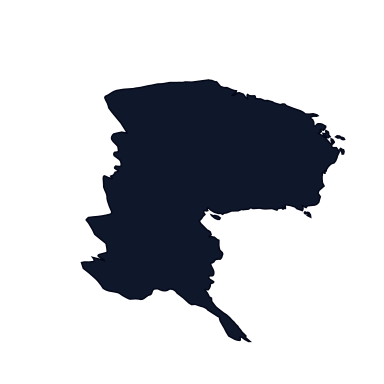 Finland, Equal Earth projection, rotated 208°
{"feature_id": "FIN", "entity_name": "Finland", "entity_type": "country or territory", "adm_level": 0, "iso_a3": "FIN", "parent_name": "Europe", "parent_adm1": "", "projection": "equal_earth", "projection_center": [24.864, 64.94], "detail": "fine", "context": "isolated", "style": "filled", "palette": "ink", "viewbox_px": 384, "rotation_deg": 208, "n_neighbors": 0, "source": "natural_earth", "source_scale": "50m", "svg_char_len": 5945}
<svg xmlns="http://www.w3.org/2000/svg" viewBox="0 0 384 384"><g transform="rotate(208 192 192)"><path d="M145.6,162.0L143.3,157.5L142.1,155.8L140.2,153.7L136.8,152.7L136.1,152.1L135.6,151.2L135.5,150.0L135.1,148.2L135.3,146.7L135.7,145.8L137.2,145.2L139.4,143.5L139.8,142.3L140.0,140.4L141.0,138.8L142.1,138.0L141.8,137.3L141.1,136.4L139.5,135.1L137.1,133.5L135.4,131.9L134.6,130.5L134.2,129.2L134.3,128.1L135.0,127.3L137.2,126.3L137.6,125.9L136.7,123.7L135.1,123.3L130.9,123.0L130.6,122.8L130.6,122.4L130.9,121.5L132.5,119.8L132.6,119.3L131.7,117.4L131.5,115.1L131.8,113.3L134.6,112.0L134.8,111.5L131.2,110.1L128.7,108.4L127.9,107.5L125.0,107.4L123.2,104.6L118.0,102.2L116.5,101.6L107.5,100.0L103.9,99.7L99.7,98.7L96.5,97.5L93.8,96.8L91.6,95.8L88.4,94.9L87.5,94.2L84.0,92.8L82.4,91.9L76.8,90.2L76.6,89.5L76.6,88.8L76.4,88.6L70.6,87.3L71.8,86.6L76.3,86.6L80.1,87.2L80.9,86.9L81.4,86.4L79.9,84.0L80.2,83.4L81.9,82.7L84.6,82.1L88.7,82.1L91.5,82.1L92.1,82.2L96.3,84.7L99.8,87.2L101.7,88.3L106.4,91.3L108.1,93.0L108.7,94.3L110.6,94.3L122.8,95.3L124.4,96.0L128.2,95.9L131.2,95.2L136.4,94.4L139.6,92.4L142.7,92.6L149.9,94.5L157.8,95.8L159.9,96.8L162.9,97.1L166.0,96.1L167.9,93.3L169.5,92.1L171.8,91.1L174.5,90.7L176.5,90.6L178.0,89.9L180.2,88.3L180.6,86.5L180.1,83.1L180.5,81.9L182.3,80.1L184.6,75.3L185.6,74.0L186.9,73.1L188.7,72.6L191.9,71.2L196.4,68.4L197.7,68.1L201.0,68.0L205.1,68.1L208.8,68.6L209.2,68.5L210.8,68.3L213.8,67.4L218.9,65.7L222.2,65.2L225.2,65.3L228.6,67.2L233.4,69.3L236.5,70.3L244.8,72.3L252.1,73.6L256.4,77.8L254.4,79.5L253.4,80.1L250.0,81.8L246.3,84.3L246.0,85.5L247.3,86.8L249.0,87.6L240.5,89.7L237.3,90.2L238.1,90.9L243.5,91.1L244.4,91.3L245.0,91.6L245.1,92.2L244.6,93.2L239.0,98.4L238.8,99.5L240.8,102.5L243.7,106.2L258.0,109.0L262.1,112.1L268.7,116.1L272.2,117.6L272.4,118.0L271.5,120.8L267.5,123.6L263.8,126.0L259.9,128.8L256.8,131.3L253.5,134.2L253.2,135.1L253.2,136.1L253.8,137.1L258.3,140.7L262.3,144.5L264.1,146.7L265.2,148.7L267.1,150.7L270.1,153.0L272.4,155.1L273.2,156.7L276.8,162.5L277.3,163.9L277.1,165.0L275.7,165.3L272.5,165.4L269.0,166.2L268.8,166.4L271.2,167.8L269.2,170.1L269.1,173.4L267.0,175.2L266.8,175.6L266.9,176.0L267.3,176.2L271.4,176.7L271.8,177.2L271.8,178.2L271.5,179.1L269.5,179.8L267.4,180.8L266.9,181.7L267.1,182.5L267.9,183.9L269.4,185.6L271.2,186.6L277.8,187.6L278.6,188.4L279.1,189.5L279.0,190.6L276.1,192.8L276.1,193.6L277.5,195.7L279.0,197.6L285.5,199.7L287.7,200.9L288.4,201.8L288.8,203.3L288.8,204.9L288.4,206.4L286.5,208.2L282.1,211.9L277.5,213.3L277.2,213.7L278.7,214.8L287.1,219.6L300.0,224.9L304.9,227.2L306.5,229.0L308.6,230.9L311.0,232.5L312.7,233.8L313.4,234.7L313.4,235.7L311.4,238.5L310.2,240.7L308.2,244.0L306.1,246.3L300.6,250.5L292.3,255.7L290.4,257.3L286.6,260.0L280.0,265.6L278.3,266.8L272.9,271.3L270.4,272.7L268.4,274.0L263.0,278.2L251.3,284.5L249.6,286.0L243.7,288.9L229.8,298.8L229.0,298.9L226.8,299.8L223.5,300.1L222.0,300.8L216.8,298.7L216.0,298.6L212.9,299.1L210.1,300.6L204.7,301.0L202.0,301.5L200.3,302.2L200.0,300.6L200.7,298.5L201.8,297.2L201.9,296.3L201.1,296.4L199.4,298.4L198.5,300.7L196.7,301.9L192.6,302.4L188.7,300.5L186.8,300.5L188.0,301.9L188.8,303.4L188.7,304.2L186.6,304.0L184.3,304.9L182.2,306.2L181.2,306.2L179.8,304.4L177.3,305.3L175.1,306.4L170.7,306.8L168.1,308.3L163.5,309.3L160.9,309.3L155.1,310.5L153.1,312.4L151.4,313.1L149.0,312.5L141.6,313.4L134.4,314.6L131.4,314.6L128.4,314.1L125.1,315.7L121.7,318.0L117.9,318.8L116.6,318.5L117.7,317.3L120.2,316.1L121.9,314.4L122.2,313.1L121.0,312.5L119.4,312.4L117.4,310.9L115.5,307.8L114.5,307.7L113.9,308.5L113.3,310.8L112.7,311.5L110.4,312.6L109.2,312.9L104.9,312.9L104.3,311.7L104.3,311.2L105.1,309.6L104.5,309.3L105.1,308.1L106.2,308.1L107.4,308.0L108.0,307.3L107.9,306.6L106.3,306.4L106.2,305.8L107.7,303.7L107.9,303.1L107.4,303.0L106.4,303.2L100.3,302.5L92.8,299.8L90.9,299.7L89.8,297.2L88.0,297.5L85.3,298.9L83.4,297.9L81.2,297.1L80.7,296.0L80.7,294.4L80.6,292.4L80.1,290.2L79.8,287.0L80.2,284.5L82.0,282.6L82.7,281.4L83.6,278.4L83.9,274.9L83.4,273.7L83.6,272.9L84.9,272.9L84.7,272.2L84.1,271.9L83.4,271.1L84.0,270.7L85.6,270.7L86.0,270.0L84.8,268.0L84.6,267.0L83.0,264.1L81.1,261.3L78.2,259.3L79.4,256.1L80.6,253.1L80.5,251.7L80.1,250.0L76.5,248.1L76.0,245.4L75.3,242.6L75.7,240.8L76.3,239.5L77.5,238.1L83.6,234.0L84.0,231.8L88.1,231.6L86.3,229.7L85.9,228.6L85.8,227.4L91.6,226.5L93.8,227.2L98.9,226.3L103.5,224.6L103.4,223.7L102.7,222.9L101.8,221.3L102.5,220.9L104.2,221.2L103.4,220.4L103.6,219.6L105.4,219.9L108.4,217.6L108.5,215.9L113.6,215.0L119.5,211.4L122.2,210.3L124.8,209.5L130.4,206.0L132.8,205.8L134.0,203.5L138.7,200.3L140.1,199.9L142.4,197.1L148.1,193.9L151.8,189.7L153.8,188.3L154.4,186.7L156.6,186.6L158.7,185.4L163.0,184.6L167.3,184.9L169.1,185.4L170.7,185.2L170.6,183.8L169.4,183.0L170.3,182.1L172.6,181.5L172.4,180.1L171.9,179.3L170.0,178.2L170.9,175.7L171.1,173.0L172.0,169.9L169.6,168.3L160.7,165.5L159.1,165.6L157.1,165.3L155.0,163.2L155.9,161.4L156.0,160.7L155.2,160.7L153.9,161.6L151.1,162.6L147.4,161.8L145.6,162.0ZM98.3,303.4L101.3,304.0L102.5,303.8L103.9,305.2L101.5,306.2L101.3,307.3L102.2,308.0L102.6,309.1L100.2,309.1L99.0,308.2L98.6,307.1L97.5,306.3L96.0,305.7L96.7,304.9L97.2,303.8L98.3,303.4ZM160.9,182.0L157.6,182.8L154.9,182.3L154.9,180.7L156.5,179.9L159.5,179.6L163.6,180.4L164.2,180.8L161.9,181.1L160.9,182.0ZM78.4,226.4L78.6,226.9L80.0,226.7L81.8,225.9L83.0,226.3L82.9,227.5L82.0,227.5L81.8,227.3L80.6,228.0L80.4,228.4L79.1,228.7L76.8,227.5L75.4,225.5L78.9,225.4L78.5,225.9L78.4,226.4ZM81.5,299.0L81.2,300.3L79.6,300.1L78.0,300.4L76.7,299.1L76.1,296.9L76.3,296.5L77.3,296.0L78.1,297.2L81.5,299.0ZM94.1,304.3L92.4,304.4L90.0,303.1L89.7,302.5L90.7,302.2L90.1,301.1L90.3,300.6L92.1,301.5L93.1,302.5L92.1,302.8L93.8,303.8L94.1,304.3ZM90.2,309.8L87.8,310.7L86.9,310.5L87.2,308.9L88.6,308.1L91.0,308.1L90.2,309.8ZM85.3,310.7L83.3,310.9L82.0,310.1L82.5,309.5L84.0,308.9L85.5,309.0L85.8,309.7L85.3,310.7Z" fill="#0f172a" stroke="#020617" stroke-width="1.5"/></g></svg>